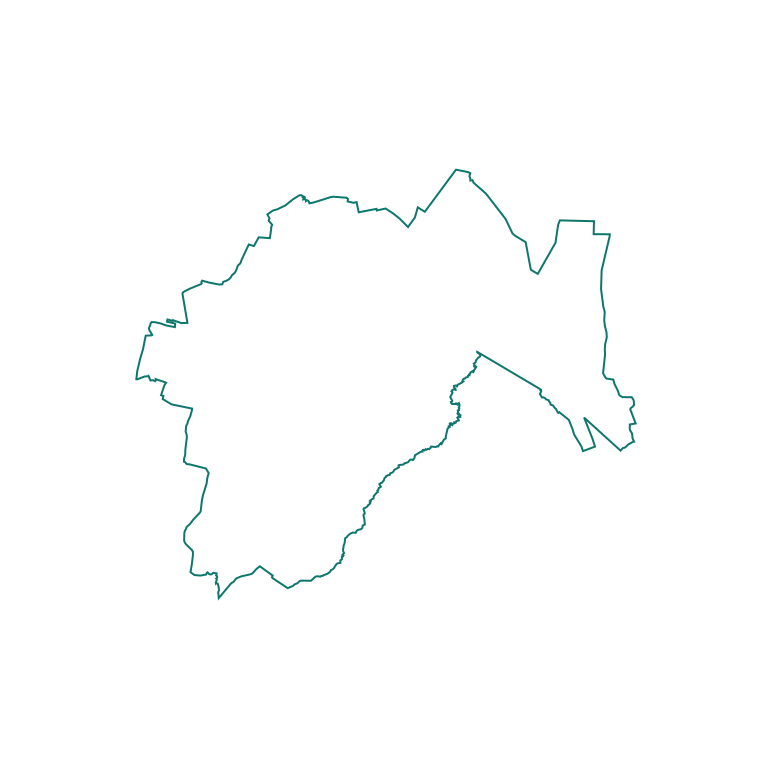 the district of Tasnad, Satu Mare, Romania, rotated 50°
{"feature_id": "2599482B32783786094013", "entity_name": "Tasnad", "entity_type": "district", "adm_level": 2, "iso_a3": "ROU", "parent_name": "Romania", "parent_adm1": "Satu Mare", "projection": "mercator", "projection_center": [22.612, 47.484], "detail": "fine", "context": "isolated", "style": "outline", "palette": "teal", "viewbox_px": 768, "rotation_deg": 50, "n_neighbors": 0, "source": "geoboundaries", "source_scale": "gbopen_adm2", "svg_char_len": 6165}
<svg xmlns="http://www.w3.org/2000/svg" viewBox="0 0 768 768"><g transform="rotate(50 384 384)"><path d="M563.3,274.7L567.6,262.6L559.7,259.4L538.3,252.3L587.1,245.6L586.6,242.1L587.4,240.8L587.6,238.5L587.3,235.6L588.4,230.1L588.9,229.5L585.5,228.6L581.4,225.8L577.4,225.2L575.6,224.0L573.0,221.7L576.0,216.6L561.6,211.6L561.1,210.4L561.2,207.5L560.6,206.3L560.8,205.8L556.9,203.2L553.4,202.7L547.3,209.8L544.7,210.7L543.5,210.8L539.2,209.1L532.4,207.5L528.0,205.5L522.8,210.1L521.2,210.2L516.6,209.3L503.3,195.5L499.5,192.7L495.6,188.9L491.5,183.4L487.4,180.3L482.1,177.8L476.9,174.5L470.7,168.6L465.6,166.2L450.8,156.7L436.9,144.3L416.2,116.6L414.4,114.8L404.0,127.1L394.3,118.5L371.7,144.1L374.0,148.3L386.0,161.8L398.5,195.4L390.9,198.1L366.4,184.3L354.6,188.3L351.2,188.8L335.8,184.8L304.0,183.5L287.3,186.0L284.7,185.2L283.7,187.0L281.6,185.5L279.7,185.0L278.0,182.4L275.3,183.7L266.1,191.1L278.3,242.0L270.4,244.6L276.3,253.3L279.2,264.7L267.6,265.7L259.5,267.3L250.6,270.0L246.4,278.0L245.0,277.2L236.2,293.0L227.0,288.1L225.6,290.9L220.8,294.5L219.0,292.6L217.3,292.9L207.9,302.5L206.5,304.9L199.6,321.5L197.6,325.1L197.1,325.7L197.3,325.3L196.7,324.5L194.6,324.3L193.7,324.9L193.7,326.1L193.1,325.7L191.4,325.8L190.7,327.2L190.4,326.8L190.4,324.9L189.7,324.6L189.2,324.8L188.4,326.2L187.5,325.5L186.2,326.0L185.3,327.1L184.9,328.4L184.0,335.1L183.8,344.8L181.6,353.4L179.7,357.7L179.1,364.3L183.6,365.3L184.5,367.1L185.1,367.4L190.1,367.3L191.6,370.0L192.6,370.6L198.9,377.7L191.1,385.7L194.7,395.0L190.2,397.9L197.3,413.2L199.0,416.1L199.3,417.3L199.3,419.8L201.5,423.4L202.9,426.6L202.9,430.5L203.9,432.8L204.1,435.7L203.6,438.3L202.4,441.5L203.7,443.8L201.8,446.4L193.7,452.9L187.9,456.9L188.5,458.4L189.8,459.0L189.9,459.9L186.3,471.0L184.6,478.3L184.9,480.1L210.8,495.3L207.2,500.0L199.5,504.6L199.9,505.2L195.4,508.4L196.8,510.2L203.5,505.1L206.0,507.6L199.2,513.2L194.0,516.2L189.7,519.5L187.2,522.2L187.3,523.1L190.3,528.4L191.9,529.1L197.5,530.0L197.5,530.5L193.8,535.5L202.5,546.3L207.8,554.4L215.5,564.7L221.2,570.7L221.8,570.1L224.3,562.7L226.2,560.0L226.3,559.2L231.2,560.6L232.8,558.3L234.7,557.6L234.4,556.1L233.6,555.7L242.1,550.5L243.0,550.1L243.8,553.1L249.3,562.0L251.3,560.7L253.3,563.2L263.1,559.8L279.5,546.8L281.2,548.7L283.0,551.7L283.7,552.2L286.6,558.4L287.7,559.6L289.0,562.5L292.9,566.5L296.1,567.8L298.5,569.7L306.9,578.7L310.2,581.5L312.9,585.4L315.0,587.2L316.1,586.6L318.5,586.6L320.8,584.4L334.3,574.7L339.6,575.6L342.3,579.6L346.3,584.0L353.0,594.4L356.1,598.3L363.6,606.2L364.2,607.8L365.4,617.8L366.5,622.5L366.7,627.2L368.0,629.3L368.4,630.9L369.9,632.8L375.3,637.6L376.9,638.4L379.4,638.7L388.0,637.9L389.8,638.3L392.2,640.3L398.7,647.2L403.8,653.2L408.5,652.0L412.8,647.7L415.6,642.8L414.9,641.1L414.9,640.2L417.2,640.1L418.1,639.6L419.0,638.3L418.9,636.1L421.5,634.0L422.8,635.7L423.9,635.5L425.0,636.1L425.2,637.6L426.3,637.7L428.0,640.5L428.7,640.9L428.6,640.4L430.1,639.7L434.0,641.6L435.9,643.0L436.9,644.8L441.8,648.2L438.4,629.1L438.9,626.3L438.1,623.4L438.1,621.7L439.6,617.0L444.2,608.1L444.5,606.4L443.7,600.4L443.8,596.3L459.2,592.4L460.1,594.1L461.5,594.0L478.5,589.0L480.2,583.4L480.0,581.4L480.8,579.1L481.0,577.3L480.7,576.2L481.0,574.3L487.8,566.4L487.5,560.3L488.9,558.0L490.6,556.8L490.7,555.7L491.7,554.0L491.7,553.0L493.0,549.4L493.2,546.0L492.5,544.1L493.0,542.3L492.9,540.9L491.4,536.2L491.6,534.8L493.0,532.4L491.1,530.9L491.2,528.9L489.0,527.1L489.7,526.2L489.5,525.4L488.1,525.4L487.9,523.3L485.6,522.6L483.8,521.2L483.4,520.3L482.1,519.2L480.5,516.4L477.2,512.9L477.4,511.0L476.9,508.5L477.0,505.9L477.7,503.5L479.8,501.2L479.2,500.3L478.9,498.1L480.5,494.7L480.3,493.2L478.7,491.2L479.3,489.0L474.5,485.7L471.8,484.4L471.0,483.7L470.8,482.1L470.5,481.7L466.8,480.2L466.3,479.3L466.7,478.7L467.1,476.1L466.9,474.4L466.6,474.1L466.7,471.9L466.6,471.3L465.4,470.9L465.6,469.7L465.0,469.2L464.5,469.4L464.6,466.8L465.0,465.6L463.3,464.0L462.6,459.6L462.8,458.2L461.4,457.6L461.6,456.6L460.4,455.2L460.7,452.5L457.7,451.9L457.8,450.0L458.4,448.7L457.9,447.7L457.8,446.2L456.4,444.1L456.6,442.7L455.9,441.9L456.3,440.7L456.2,440.0L457.3,438.2L456.4,436.4L457.1,434.9L457.2,433.3L456.4,431.4L457.4,426.1L455.9,425.5L455.7,424.7L458.2,420.8L457.9,419.0L458.7,417.8L459.4,415.6L459.0,414.1L458.9,412.4L459.7,411.2L460.8,410.8L460.9,410.0L460.0,407.9L458.5,406.0L459.5,399.7L460.5,397.9L459.7,397.5L459.5,396.6L459.8,396.1L460.9,395.7L460.7,394.0L461.7,393.7L461.9,392.1L463.0,391.1L462.7,390.2L462.9,389.6L462.2,388.1L465.3,385.1L465.9,383.8L465.9,383.2L466.6,382.8L465.9,379.5L466.8,378.8L465.9,378.1L466.2,377.6L466.7,377.8L465.1,373.8L465.4,371.6L464.0,370.5L459.1,364.1L459.1,363.0L458.6,362.4L459.0,361.5L458.1,361.4L458.5,360.6L458.1,360.1L458.3,359.0L457.0,359.4L456.5,359.0L457.3,357.7L459.3,357.8L458.7,356.4L459.3,355.3L458.6,354.7L459.7,354.0L459.0,352.5L460.0,350.1L456.9,349.4L457.1,348.6L456.6,347.8L458.0,347.4L458.3,346.7L457.4,346.3L457.0,345.5L455.1,345.8L454.4,346.7L453.7,346.6L453.3,345.2L451.8,344.5L452.2,343.4L451.4,343.0L451.2,342.1L450.2,341.9L449.9,340.9L449.2,340.6L448.7,339.6L446.9,339.0L446.9,339.9L446.3,340.3L446.8,341.0L445.2,341.4L445.3,342.1L443.0,344.7L442.4,344.9L440.8,344.3L441.1,343.0L440.7,342.5L436.5,341.6L434.9,337.5L434.5,337.0L433.0,337.0L433.0,336.1L432.5,335.5L433.3,333.6L434.4,332.9L433.5,332.3L431.8,332.6L430.4,331.6L431.5,329.7L432.7,329.6L432.0,327.8L433.0,323.5L433.0,321.8L432.3,322.3L431.3,320.6L431.3,319.6L431.8,318.7L431.6,317.2L432.5,315.3L431.7,314.5L431.7,313.7L432.1,313.2L431.6,312.9L431.9,312.4L431.3,312.0L431.3,311.1L430.7,310.2L431.1,308.0L432.2,308.1L432.2,307.4L431.3,306.3L430.8,304.1L429.6,303.3L430.3,302.8L430.2,302.4L429.1,302.4L428.3,303.5L427.0,302.1L426.2,302.1L426.2,299.8L425.1,298.3L424.4,295.1L424.7,293.2L423.8,291.3L419.1,292.4L419.5,292.2L419.3,292.0L425.3,289.8L489.1,267.4L489.4,268.2L490.3,268.0L490.9,268.6L491.8,271.0L495.9,271.6L496.8,270.4L498.6,269.7L499.8,269.8L502.4,268.3L503.6,268.8L505.2,268.6L506.9,269.7L509.1,268.3L511.7,268.6L513.6,268.3L517.4,269.2L518.3,268.9L518.3,267.8L530.4,265.5L539.5,268.5L544.8,270.8L558.6,272.9L563.3,274.7Z" fill="none" stroke="#0f766e" stroke-width="2"/></g></svg>